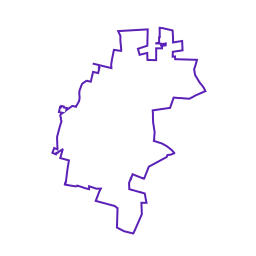 Tepakán, Yucatán, Mexico (Mercator projection), rotated 8°
{"feature_id": "50627088B22415210439928", "entity_name": "Tepakán", "entity_type": "district", "adm_level": 2, "iso_a3": "MEX", "parent_name": "Mexico", "parent_adm1": "Yucatán", "projection": "mercator", "projection_center": [-89.004, 21.063], "detail": "fine", "context": "isolated", "style": "outline", "palette": "violet", "viewbox_px": 256, "rotation_deg": 8, "n_neighbors": 0, "source": "geoboundaries", "source_scale": "gbopen_adm2", "svg_char_len": 2786}
<svg xmlns="http://www.w3.org/2000/svg" viewBox="0 0 256 256"><g transform="rotate(8 128 128)"><path d="M149.0,228.3L153.7,211.4L151.7,200.2L156.7,199.5L153.7,190.5L137.8,188.4L136.7,182.3L137.7,177.6L137.8,177.7L138.0,177.8L138.0,177.7L139.0,173.2L147.7,175.3L148.8,175.6L149.9,175.9L150.0,175.5L151.1,175.7L151.4,174.5L151.5,173.9L153.9,163.8L154.1,163.3L170.3,151.4L170.9,149.2L173.9,148.5L177.2,146.6L177.3,146.5L177.3,146.2L174.4,143.8L169.1,140.7L163.7,138.6L159.7,137.9L155.4,137.2L155.5,135.1L155.2,133.2L155.1,131.0L155.0,128.5L152.1,118.9L151.3,114.5L150.8,111.0L150.0,107.1L166.9,102.2L169.0,91.5L175.5,91.2L176.7,90.9L179.2,90.9L182.6,90.6L183.1,90.6L184.6,90.5L185.3,90.1L186.6,89.1L186.9,88.9L187.0,88.9L190.4,86.3L199.5,80.7L197.7,78.0L195.8,75.9L192.8,73.2L187.7,67.0L187.1,66.2L186.4,64.2L186.2,63.4L185.7,61.9L185.3,60.6L185.3,60.4L185.4,60.2L186.2,55.6L186.7,51.9L186.8,50.9L165.1,53.3L164.6,50.6L162.3,51.2L161.8,46.3L171.2,43.5L169.5,34.3L160.7,37.0L160.0,32.1L158.6,25.2L148.6,24.3L145.4,24.4L146.8,33.7L146.5,33.8L146.2,33.8L146.2,34.3L146.3,34.7L146.3,35.1L146.4,35.6L146.5,36.0L146.5,36.4L146.6,36.9L146.6,37.2L146.7,37.5L146.7,37.9L146.8,38.3L146.9,38.8L147.0,39.2L147.0,39.6L146.7,39.7L146.3,39.7L145.8,39.7L145.8,39.8L145.3,39.8L144.9,39.9L144.5,39.9L144.2,40.0L144.2,40.3L146.7,40.1L149.0,39.9L149.3,41.8L150.4,41.7L150.2,40.1L152.8,39.3L153.6,39.0L153.8,40.9L150.4,41.8L150.6,44.4L144.8,45.2L145.4,49.3L146.2,55.3L146.4,56.9L137.8,57.9L136.6,51.0L129.3,53.9L126.8,48.2L135.7,43.8L135.2,39.8L134.7,35.4L133.8,27.6L104.8,33.4L107.7,38.0L108.2,42.1L109.6,48.0L110.5,51.9L110.4,52.6L103.2,52.6L102.6,62.4L102.5,67.4L103.2,71.0L84.1,69.1L90.9,69.8L90.7,72.4L91.3,72.4L90.8,77.8L85.6,77.3L84.7,87.3L82.9,87.2L81.2,87.0L80.4,87.0L77.0,90.0L76.4,90.8L75.7,93.1L75.5,94.6L75.0,96.6L74.8,98.0L74.8,99.5L75.1,101.4L75.8,104.3L75.9,106.0L75.8,107.8L75.7,108.1L75.8,108.2L74.0,112.9L73.5,113.3L73.5,114.2L71.1,114.0L69.8,113.9L64.4,119.0L64.6,116.7L61.6,116.6L61.4,115.6L58.8,115.5L58.7,116.8L57.8,116.7L57.4,121.8L61.3,122.1L60.9,122.4L60.9,122.5L59.5,123.9L59.3,124.4L59.3,124.8L59.2,125.4L59.7,126.5L60.1,127.0L60.3,127.8L60.2,128.4L60.4,129.2L61.0,130.0L61.2,131.3L61.0,131.5L60.7,133.4L59.9,139.1L59.4,143.4L59.1,145.9L59.0,147.1L59.1,147.4L60.5,155.4L61.1,158.3L61.1,159.0L57.7,158.1L56.6,163.1L60.3,164.1L60.5,162.6L61.3,162.6L61.2,162.4L66.2,158.3L66.3,158.4L65.1,167.2L74.0,168.3L73.8,176.6L74.0,190.5L73.5,190.6L73.3,192.0L73.3,192.6L74.6,192.7L74.5,192.9L78.9,193.0L84.0,193.1L85.6,192.7L85.8,192.1L86.0,192.1L94.1,193.6L98.0,194.0L97.6,191.1L105.2,192.5L109.5,191.8L108.9,193.5L108.2,195.8L106.2,204.7L125.8,207.1L128.3,208.7L128.8,208.8L130.9,228.1L138.6,230.8L142.7,231.2L147.9,231.7L149.0,228.3Z" fill="none" stroke="#5b21b6" stroke-width="2"/></g></svg>